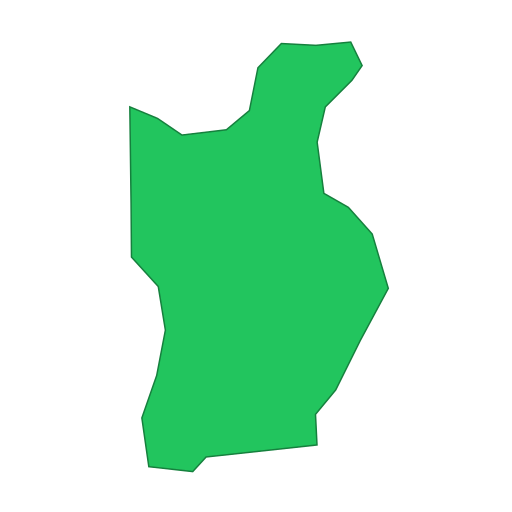 the state/province of Żebbuġ, rotated 273°
{"feature_id": "MLT-5946", "entity_name": "Żebbuġ", "entity_type": "state/province", "adm_level": 1, "iso_a3": "MLT", "parent_name": "Malta", "parent_adm1": "", "projection": "natural_earth1", "projection_center": [14.44, 35.87], "detail": "fine", "context": "isolated", "style": "filled", "palette": "green", "viewbox_px": 512, "rotation_deg": 273, "n_neighbors": 0, "source": "natural_earth", "source_scale": "10m", "svg_char_len": 537}
<svg xmlns="http://www.w3.org/2000/svg" viewBox="0 0 512 512"><g transform="rotate(273 256 256)"><path d="M70.5,326.8L52.7,216.7L37.4,204.1L40.0,160.0L88.3,150.5L131.5,163.1L177.2,169.4L220.4,160.0L248.4,131.7L301.7,128.5L398.3,122.2L388.2,150.5L372.9,175.7L380.5,219.8L400.9,241.8L444.1,248.1L469.5,270.2L469.5,304.8L474.6,339.4L451.7,352.0L436.5,342.6L408.5,317.4L372.9,311.1L322.1,320.5L309.4,345.7L284.0,370.9L230.6,389.8L177.2,364.6L126.4,342.6L101.0,323.7L70.5,326.8Z" fill="#22c55e" stroke="#15803d" stroke-width="1.5"/></g></svg>